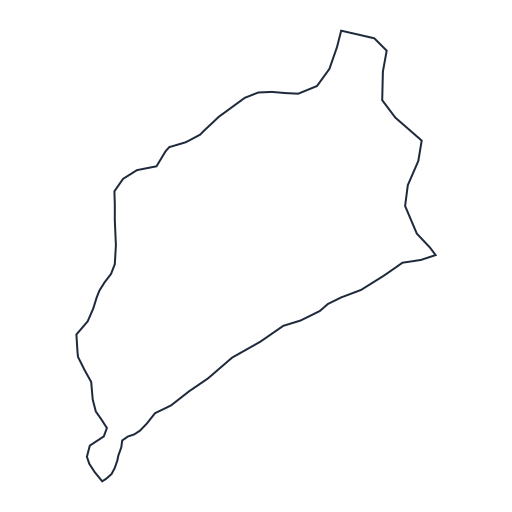 Zygi, Larnaca, Cyprus (orthographic projection)
{"feature_id": "46923920B52343832655333", "entity_name": "Zygi", "entity_type": "district", "adm_level": 2, "iso_a3": "CYP", "parent_name": "Cyprus", "parent_adm1": "Larnaca", "projection": "orthographic", "projection_center": [33.335, 34.731], "detail": "fine", "context": "isolated", "style": "outline", "palette": "slate", "viewbox_px": 512, "rotation_deg": 0, "n_neighbors": 0, "source": "geoboundaries", "source_scale": "gbopen_adm2", "svg_char_len": 1119}
<svg xmlns="http://www.w3.org/2000/svg" viewBox="0 0 512 512"><path d="M102.2,481.3L106.0,478.9L111.5,474.1L114.8,467.9L117.4,460.3L118.3,455.7L121.3,447.3L122.2,440.5L127.9,436.5L134.2,434.4L139.9,430.7L146.8,423.6L155.0,413.2L170.9,405.5L189.2,391.2L208.0,378.4L232.1,357.6L260.3,341.7L283.3,325.8L300.6,320.5L319.8,311.0L328.0,303.9L341.2,297.4L361.1,289.9L384.1,275.5L402.5,262.7L420.6,260.0L429.8,257.0L435.6,255.1L430.0,247.6L416.8,233.6L405.1,206.0L407.8,185.2L418.3,161.0L421.7,140.6L395.3,117.6L382.2,100.2L382.9,71.5L386.7,50.7L374.3,38.3L341.2,30.7L337.0,47.1L329.4,68.9L317.0,86.0L298.2,93.7L285.9,93.1L271.8,91.9L258.3,92.5L244.8,97.8L218.9,116.7L203.9,130.8L200.2,134.6L185.9,142.2L169.3,147.1L165.6,151.2L156.5,166.3L137.0,170.1L123.1,178.8L114.4,191.3L114.8,204.1L114.8,220.0L115.9,245.3L114.8,264.2L111.0,274.0L104.6,282.3L99.4,290.6L96.7,297.4L93.3,308.4L87.7,321.3L76.4,334.5L77.5,352.1L78.0,356.9L81.6,364.1L84.5,369.9L91.2,382.0L92.7,399.4L95.8,411.5L101.3,419.3L106.9,428.0L103.8,436.4L89.8,445.6L86.9,456.8L89.3,463.8L94.6,472.0L102.2,481.3Z" fill="none" stroke="#1e293b" stroke-width="2"/></svg>